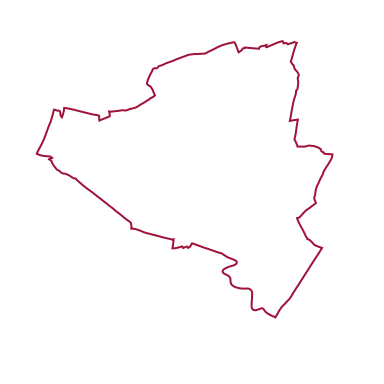 Tam Binh, Vĩnh Long, Vietnam (Natural Earth projection), rotated 79°
{"feature_id": "81297802B334334492772", "entity_name": "Tam Binh", "entity_type": "district", "adm_level": 2, "iso_a3": "VNM", "parent_name": "Vietnam", "parent_adm1": "Vĩnh Long", "projection": "natural_earth1", "projection_center": [105.942, 10.065], "detail": "fine", "context": "isolated", "style": "outline", "palette": "rose", "viewbox_px": 384, "rotation_deg": 79, "n_neighbors": 0, "source": "geoboundaries", "source_scale": "gbopen_adm2", "svg_char_len": 5799}
<svg xmlns="http://www.w3.org/2000/svg" viewBox="0 0 384 384"><g transform="rotate(79 192 192)"><path d="M84.8,311.7L86.9,312.8L88.4,313.4L89.9,314.2L92.0,315.2L92.7,315.6L94.2,316.4L95.8,317.2L97.7,318.5L101.1,320.7L104.7,322.8L106.4,323.9L108.7,325.2L109.8,326.0L110.9,326.6L114.2,328.9L116.0,330.2L119.4,333.0L123.2,336.0L124.9,337.1L126.2,335.1L127.1,333.6L127.4,332.8L128.4,330.4L129.9,325.2L130.0,324.6L130.4,324.1L131.8,322.8L132.3,325.0L132.4,325.8L132.6,326.1L134.2,324.4L134.5,324.2L137.6,323.5L138.9,323.0L140.6,322.3L142.5,321.2L143.9,320.6L144.8,319.7L145.4,319.0L146.1,318.1L147.1,317.3L148.0,316.8L148.6,316.1L149.0,315.5L149.8,313.3L150.2,312.2L152.7,308.9L153.9,307.8L155.8,305.8L156.1,305.2L156.4,304.0L156.8,303.5L157.2,303.3L157.5,303.2L158.4,302.7L162.1,299.7L164.5,297.9L169.4,293.6L173.3,289.9L178.0,285.9L185.3,279.5L190.1,275.5L191.5,274.1L196.5,270.1L199.3,267.5L200.1,266.9L201.4,265.7L203.0,264.5L205.9,262.1L208.9,259.2L210.3,258.0L210.8,257.9L214.5,258.0L215.2,258.1L216.3,258.7L216.5,258.6L216.6,257.4L217.0,256.0L217.8,254.2L219.1,251.9L219.7,251.0L220.3,249.8L222.4,246.8L223.1,245.3L224.1,243.5L224.7,242.1L226.5,238.4L229.8,231.5L230.5,230.3L232.1,226.7L234.1,222.2L234.8,220.8L235.0,220.4L235.0,219.8L234.9,219.1L238.6,220.1L239.7,220.6L243.6,221.9L244.0,218.6L243.8,214.4L243.6,212.9L243.5,212.1L243.7,211.9L244.0,211.7L244.9,211.4L245.3,211.3L245.2,210.9L244.6,208.1L244.6,207.5L244.9,206.9L245.2,206.7L245.7,206.5L246.1,206.5L245.9,205.6L245.6,204.8L244.7,203.7L242.8,202.2L242.4,201.7L243.6,199.6L246.7,194.4L249.7,189.4L250.8,187.2L253.0,183.6L255.0,180.1L256.5,177.5L257.5,175.4L258.3,174.2L259.1,173.4L262.6,169.8L263.9,167.9L264.6,166.7L267.0,163.0L267.4,162.5L268.6,161.6L269.0,161.5L269.8,161.5L270.1,161.6L270.7,162.0L271.2,162.6L271.9,164.6L272.4,169.7L273.2,173.5L274.0,175.6L274.7,176.4L275.2,176.8L275.8,177.1L276.5,177.1L277.4,176.8L278.2,176.1L279.0,175.2L280.1,173.6L281.6,171.9L282.9,171.1L283.6,170.9L284.3,170.8L286.6,171.2L287.9,171.3L288.9,171.2L290.3,170.9L291.4,170.1L293.3,168.2L294.1,166.8L295.5,163.8L296.1,162.1L296.6,160.3L297.4,155.6L297.8,154.6L298.1,154.2L298.9,153.3L299.5,152.8L300.4,152.4L301.3,152.2L303.2,152.3L307.2,153.2L311.5,154.4L314.5,155.1L316.3,155.4L317.5,155.3L319.0,154.8L319.5,154.1L320.0,153.1L320.2,152.1L320.1,150.3L319.4,146.0L319.5,145.6L319.7,145.0L320.0,144.6L320.7,144.0L322.1,143.5L323.9,142.5L324.9,141.7L325.8,140.8L328.2,138.0L329.2,136.6L330.0,135.2L331.0,134.1L330.5,133.7L329.2,132.4L326.8,130.4L325.3,129.2L322.3,126.2L321.2,124.8L319.8,122.5L318.7,121.3L315.9,117.2L314.2,115.3L310.6,112.1L306.6,108.3L303.6,105.3L299.2,101.2L282.8,85.6L277.7,80.6L271.7,75.0L270.4,77.3L268.7,80.1L267.3,81.9L265.1,83.3L263.3,84.4L262.7,84.9L261.3,86.0L260.7,86.8L260.2,87.7L258.7,88.1L257.1,88.7L252.3,89.9L244.3,92.4L242.8,92.8L240.5,93.4L237.7,93.9L237.5,91.3L234.8,87.9L231.8,83.6L229.4,78.2L228.9,77.4L226.6,72.5L225.2,72.6L223.8,73.0L222.6,73.2L221.4,73.2L220.6,72.9L220.0,72.5L217.5,71.4L215.4,70.8L214.1,70.3L212.5,69.6L211.1,68.8L209.6,67.9L208.2,66.7L203.6,63.5L199.4,60.1L197.1,58.9L195.0,57.1L192.4,54.6L190.5,52.7L189.5,51.9L187.1,49.7L185.4,48.4L184.0,47.7L181.9,46.9L180.1,53.4L179.6,55.0L179.3,55.2L178.3,55.2L178.0,55.4L177.4,56.6L176.6,57.1L176.1,57.4L174.5,57.5L174.3,57.7L173.9,58.2L173.4,58.4L173.1,59.0L172.4,59.8L171.9,60.4L171.3,61.7L170.6,62.6L170.1,63.7L169.2,66.8L168.7,68.3L168.9,71.1L168.9,73.1L167.8,78.5L167.5,79.8L166.1,79.9L162.4,80.6L161.3,81.1L160.5,81.3L159.6,81.3L159.2,81.1L157.3,80.2L153.2,78.6L145.8,76.1L142.3,74.7L141.1,74.3L141.0,77.0L140.9,80.8L140.9,82.4L140.0,82.0L137.6,81.0L131.6,78.8L127.3,77.0L124.1,75.8L120.9,74.3L116.0,71.6L114.6,71.1L112.1,70.3L111.6,69.3L110.8,68.7L105.2,66.9L103.7,66.6L101.0,66.6L100.1,66.4L98.4,65.2L97.8,64.9L96.9,64.9L95.9,65.1L94.6,65.5L94.0,65.8L91.3,67.5L90.7,67.7L89.9,67.8L88.2,67.9L86.8,68.1L86.1,68.9L86.0,69.0L85.1,69.2L83.2,70.1L82.7,70.2L81.1,69.2L79.5,68.3L73.2,65.2L68.2,62.4L65.6,60.7L64.3,63.3L64.9,65.6L64.9,67.5L65.3,69.5L65.2,69.7L65.1,70.0L64.8,70.2L64.2,70.5L63.9,70.8L63.7,71.2L63.7,72.4L63.5,73.7L63.4,73.9L61.5,74.0L61.3,74.3L61.2,74.7L61.3,76.6L61.6,79.0L62.3,82.6L63.1,86.1L63.3,87.6L64.1,90.7L64.1,91.3L64.0,91.5L63.8,91.6L63.4,91.6L61.9,90.9L62.1,92.7L62.2,96.5L62.3,97.1L62.5,97.6L63.0,98.3L63.7,98.7L64.2,98.9L63.3,101.8L63.1,102.8L60.9,110.4L60.2,112.4L60.7,112.8L60.9,113.2L60.7,114.4L60.8,114.8L61.4,115.2L62.4,116.5L63.8,119.3L63.8,119.6L59.5,120.3L53.7,121.4L53.3,121.6L53.0,122.1L53.0,122.9L53.1,128.5L53.6,134.3L53.9,135.6L55.0,140.3L55.6,142.0L57.4,148.7L58.6,152.9L57.4,161.6L57.0,163.3L56.7,168.5L56.6,169.5L57.0,170.9L57.1,172.0L57.5,173.9L57.6,175.4L58.0,177.3L58.8,182.0L59.7,186.0L59.9,187.8L60.7,193.0L61.4,195.6L61.8,197.4L62.0,199.5L62.3,200.7L62.6,201.2L63.4,202.0L63.6,202.5L63.7,202.8L63.8,203.0L63.7,203.8L63.4,205.1L63.4,205.4L63.5,206.0L63.7,206.5L64.0,207.0L66.1,208.4L69.5,211.2L73.5,213.9L76.2,215.3L77.0,215.5L77.5,215.5L78.3,215.0L79.5,213.8L80.3,212.8L80.6,212.6L82.2,211.9L85.0,210.9L86.8,210.7L89.9,209.9L91.1,211.6L91.4,212.9L91.9,214.0L92.1,215.4L92.2,215.7L92.4,215.8L92.8,216.0L93.0,216.2L93.7,218.6L95.0,221.6L96.3,225.7L97.6,228.7L98.0,230.0L98.3,231.1L98.5,232.4L98.6,233.6L98.6,234.4L98.7,237.5L98.8,238.1L99.0,238.7L99.3,240.1L99.3,241.5L99.1,242.5L98.8,243.4L98.5,244.9L98.4,245.5L98.2,250.4L98.0,252.0L97.7,256.3L97.1,258.0L98.4,257.9L101.7,258.1L101.9,258.4L102.1,258.8L102.4,260.5L102.7,261.6L103.5,266.0L104.1,268.7L104.2,269.3L102.7,269.2L99.4,268.6L98.4,270.5L97.4,273.4L96.8,274.9L94.8,279.3L93.1,282.9L92.6,284.0L88.3,293.1L86.8,296.6L85.0,301.4L87.9,302.3L92.2,304.4L93.8,305.5L93.0,305.9L91.9,306.3L90.3,306.4L88.1,306.1L87.7,306.2L87.0,306.8L86.7,307.3L86.6,308.0L86.2,309.2L85.6,310.0L84.8,311.7Z" fill="none" stroke="#9f1239" stroke-width="2"/></g></svg>